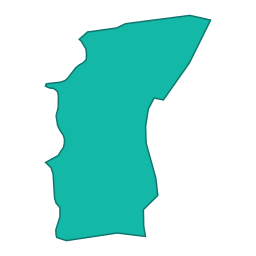 outline of Sangre Grande
{"feature_id": "TTO-54", "entity_name": "Sangre Grande", "entity_type": "Region", "adm_level": 1, "iso_a3": "TTO", "parent_name": "Trinidad and Tobago", "parent_adm1": "", "projection": "natural_earth1", "projection_center": [-61.154, 10.651], "detail": "fine", "context": "isolated", "style": "filled", "palette": "teal", "viewbox_px": 256, "rotation_deg": 0, "n_neighbors": 0, "source": "natural_earth", "source_scale": "10m", "svg_char_len": 758}
<svg xmlns="http://www.w3.org/2000/svg" viewBox="0 0 256 256"><path d="M79.2,39.3L87.5,32.0L116.5,28.0L125.5,23.7L189.9,15.4L210.6,20.1L189.5,62.7L163.4,99.9L154.1,98.0L148.3,109.1L145.6,126.4L146.1,143.0L155.8,178.2L157.8,195.4L143.4,209.6L143.7,225.9L145.4,236.4L117.1,233.0L66.5,240.6L56.8,237.5L56.1,235.0L55.8,230.0L59.9,216.9L60.0,207.7L56.1,203.1L54.6,198.4L53.1,174.0L51.1,167.8L45.6,162.4L58.4,155.4L60.5,151.7L63.6,147.2L64.4,143.0L64.4,138.9L63.4,135.3L59.6,129.7L57.7,125.6L56.1,116.0L58.2,107.3L58.4,97.0L57.9,92.2L55.3,89.5L53.2,88.3L50.1,88.1L47.5,87.1L45.4,86.1L46.3,83.8L60.4,82.2L65.0,80.6L67.8,78.1L75.9,67.6L79.2,65.0L83.4,62.6L86.3,59.4L86.5,54.3L86.0,49.1L81.2,41.1L79.2,39.3Z" fill="#14b8a6" stroke="#0f766e" stroke-width="1.5"/></svg>